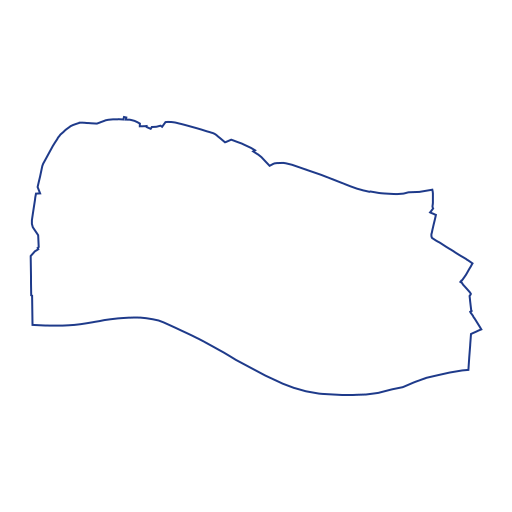 Albrandswaard, Zuid-Holland, Netherlands (orthographic projection)
{"feature_id": "6326949B38585086995539", "entity_name": "Albrandswaard", "entity_type": "district", "adm_level": 2, "iso_a3": "NLD", "parent_name": "Netherlands", "parent_adm1": "Zuid-Holland", "projection": "orthographic", "projection_center": [4.441, 51.852], "detail": "fine", "context": "isolated", "style": "outline", "palette": "blue", "viewbox_px": 512, "rotation_deg": 0, "n_neighbors": 0, "source": "geoboundaries", "source_scale": "gbopen_adm2", "svg_char_len": 4911}
<svg xmlns="http://www.w3.org/2000/svg" viewBox="0 0 512 512"><path d="M432.3,189.7L430.6,190.0L419.4,191.9L408.6,192.3L407.3,192.6L405.5,193.1L403.5,193.6L397.0,194.1L393.5,194.0L384.7,193.5L382.0,193.3L380.8,193.2L378.4,192.9L375.1,192.3L370.3,191.5L370.1,191.6L369.6,191.8L368.5,191.6L366.0,191.0L363.2,190.4L360.8,189.7L357.1,188.7L350.4,186.3L340.0,182.2L321.3,174.9L315.5,172.9L308.2,170.4L292.1,164.8L285.9,163.3L283.3,162.9L276.8,163.1L274.5,163.4L273.5,163.8L272.6,164.2L272.5,164.3L269.6,165.8L267.8,163.9L265.7,161.7L261.4,157.1L258.0,154.4L257.7,154.3L253.2,151.4L255.0,150.3L251.0,147.9L243.5,144.4L241.9,143.6L236.9,141.8L233.5,140.5L231.2,139.7L226.2,141.9L225.0,142.3L220.4,138.4L217.9,136.4L216.7,135.3L215.5,134.4L214.3,133.7L212.7,133.0L211.5,132.7L209.7,132.1L207.1,131.4L204.9,130.7L201.5,129.6L196.7,128.2L192.0,126.9L187.7,125.7L184.0,124.7L180.9,123.9L179.1,123.5L176.8,122.9L175.1,122.5L172.9,122.2L171.1,122.0L170.1,122.0L168.1,121.9L166.7,122.0L165.5,122.1L165.0,122.8L162.1,126.8L160.6,125.7L159.3,126.0L156.7,126.7L156.0,126.8L154.1,126.9L151.8,127.0L151.0,128.4L150.7,128.8L148.8,128.0L146.6,127.0L146.6,126.0L144.9,126.2L139.8,126.3L139.8,125.1L139.9,123.6L137.4,122.2L134.6,120.9L132.0,120.2L129.8,119.7L125.8,119.6L126.3,117.5L124.0,117.0L123.4,119.4L123.4,119.5L118.6,119.2L117.8,119.3L113.8,119.3L113.5,119.3L111.2,119.5L108.2,119.8L105.6,120.3L104.2,120.9L102.0,121.7L100.3,122.3L100.0,122.5L99.4,122.7L96.9,123.6L91.5,123.3L89.1,123.1L86.5,123.0L84.9,122.8L83.0,122.7L78.8,122.7L79.3,122.9L78.0,123.3L75.6,124.1L74.2,124.6L72.8,125.1L71.6,125.7L70.5,126.2L69.8,126.8L67.3,128.6L66.2,129.4L65.0,130.4L63.3,132.1L60.6,134.4L60.4,134.6L59.3,136.1L58.2,137.4L57.7,138.2L57.6,138.5L56.8,139.8L55.0,142.5L52.7,146.2L51.8,147.9L50.7,149.9L50.2,150.8L45.7,159.1L43.9,162.4L43.2,163.6L42.3,166.0L40.0,176.9L39.1,180.6L39.0,181.0L37.7,186.6L37.6,187.0L40.1,193.4L36.4,193.6L36.0,193.6L35.8,194.4L35.8,194.8L35.7,195.2L35.3,197.2L35.0,199.8L32.9,213.4L31.9,220.2L31.9,220.4L31.9,222.8L31.9,223.9L32.8,227.2L34.4,229.6L36.5,232.7L38.1,235.1L38.2,235.7L38.7,247.0L37.9,247.9L37.7,248.0L38.3,249.2L38.0,249.4L36.3,250.5L35.9,250.7L34.9,251.3L32.7,253.8L30.7,256.0L30.7,256.5L30.7,257.0L31.0,276.5L31.0,283.1L31.2,295.3L32.1,295.7L32.5,324.9L38.6,325.2L44.6,325.5L50.6,325.6L56.6,325.6L62.6,325.6L68.5,325.3L74.5,324.9L80.5,324.2L86.4,323.3L92.4,322.3L95.1,321.8L99.5,321.1L104.3,320.1L110.2,319.3L116.2,318.6L117.9,318.4L121.9,318.1L128.3,317.7L132.5,317.6L134.2,317.5L140.3,317.6L146.2,318.2L153.0,319.3L158.6,320.5L163.1,322.2L163.4,322.3L168.7,324.7L169.8,325.2L175.7,327.9L181.2,330.5L186.6,333.0L192.1,335.6L197.5,338.3L198.2,338.6L202.8,341.0L208.1,343.9L213.4,346.8L218.6,349.7L223.7,352.5L228.9,355.6L234.3,358.9L235.9,359.9L265.4,375.6L279.4,382.1L281.5,383.1L282.8,383.7L284.4,384.3L294.2,388.0L294.7,388.1L295.1,388.2L305.6,391.2L307.1,391.5L310.5,392.1L319.0,393.6L322.3,393.9L342.1,395.0L352.9,395.0L356.9,394.8L366.1,394.5L374.6,393.4L377.5,393.0L378.8,392.8L379.4,392.6L390.6,389.7L392.7,389.2L402.6,387.2L403.9,386.7L413.4,382.6L415.7,381.7L426.5,377.8L437.8,375.2L449.4,372.6L450.5,372.4L461.8,370.5L462.5,370.4L468.4,369.9L469.3,356.5L469.4,355.3L470.2,345.1L470.2,344.6L471.0,334.0L472.7,333.2L476.3,331.6L478.8,330.4L481.3,329.4L479.9,327.0L475.3,319.6L474.9,319.0L474.3,318.0L473.9,317.7L473.1,316.2L473.0,315.9L472.3,314.9L472.0,314.5L471.5,313.8L471.1,313.3L471.1,313.2L470.9,313.1L470.5,312.3L470.3,312.0L470.4,311.9L470.3,311.7L471.4,311.0L471.6,310.9L471.2,310.2L470.1,300.9L469.9,298.8L469.6,296.2L469.6,295.9L469.7,295.7L469.9,295.5L470.5,294.7L470.7,294.3L470.8,294.1L470.8,293.9L470.8,293.7L470.7,293.6L470.4,293.1L470.1,292.6L469.7,292.1L469.2,291.5L466.9,288.9L463.0,284.6L462.0,283.0L461.3,282.5L460.4,281.9L461.1,281.0L461.3,281.2L462.8,279.3L462.9,279.2L463.4,278.4L464.1,277.5L464.9,276.3L465.7,275.2L466.3,274.2L467.0,273.0L467.9,271.4L469.3,268.9L470.6,266.8L471.8,264.6L472.5,263.4L469.5,261.3L467.9,260.2L467.4,260.0L466.5,259.3L466.1,259.0L464.6,258.1L462.9,257.1L460.6,255.8L460.0,255.4L459.6,255.2L458.5,254.5L456.4,253.2L454.4,251.9L453.6,251.3L453.5,251.2L452.6,250.7L451.2,249.8L450.7,249.5L449.6,248.9L447.0,247.3L445.7,246.5L444.5,245.7L442.8,244.6L441.3,243.6L439.4,242.4L437.8,241.6L435.9,240.5L432.1,238.0L431.9,237.7L431.5,236.6L431.4,235.8L431.4,235.5L431.4,234.7L431.4,234.1L431.5,233.9L431.9,232.4L432.2,230.9L432.4,229.9L433.0,227.4L433.3,226.0L433.4,225.6L433.7,224.3L434.8,219.8L435.6,216.3L435.9,214.9L434.2,214.2L433.9,214.0L430.9,212.8L430.7,212.7L430.1,212.4L431.0,211.3L431.8,210.2L432.6,209.2L433.1,208.5L432.9,208.2L432.8,207.9L432.7,207.4L432.6,207.1L432.5,206.7L432.5,206.4L432.6,205.3L432.8,204.1L432.8,203.6L432.9,203.2L432.9,202.5L432.9,201.5L432.9,200.5L432.9,199.1L432.9,197.6L432.9,196.1L432.9,194.8L432.9,194.1L432.9,193.9L432.9,193.4L432.7,191.6L432.3,189.7Z" fill="none" stroke="#1e3a8a" stroke-width="2"/></svg>